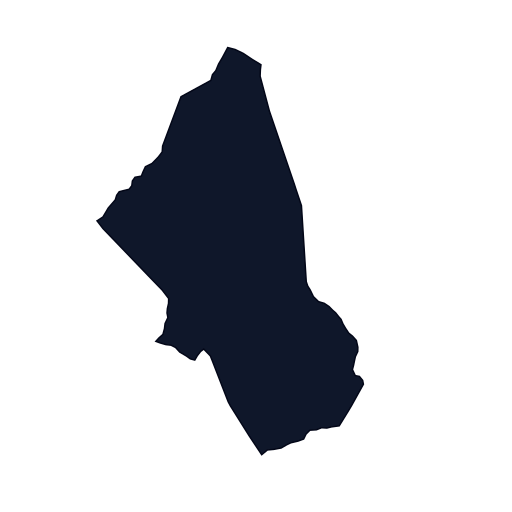 Itaquara, Bahia, Brazil, rotated 29°
{"feature_id": "56859067B54968258878659", "entity_name": "Itaquara", "entity_type": "district", "adm_level": 2, "iso_a3": "BRA", "parent_name": "Brazil", "parent_adm1": "Bahia", "projection": "orthographic", "projection_center": [-39.89, -13.439], "detail": "fine", "context": "isolated", "style": "filled", "palette": "ink", "viewbox_px": 512, "rotation_deg": 29, "n_neighbors": 0, "source": "geoboundaries", "source_scale": "gbopen_adm2", "svg_char_len": 1517}
<svg xmlns="http://www.w3.org/2000/svg" viewBox="0 0 512 512"><g transform="rotate(29 256 256)"><path d="M271.3,189.9L258.3,178.0L254.9,174.8L197.4,122.7L172.4,96.7L169.5,90.9L167.6,86.3L157.5,85.9L146.7,85.0L137.6,85.5L130.2,87.4L130.4,98.3L130.2,106.2L131.0,113.3L130.0,118.5L131.4,124.3L113.2,153.0L121.0,205.1L123.5,210.4L122.6,216.7L121.6,220.5L120.2,225.5L116.0,231.5L116.4,237.3L117.0,241.7L112.0,245.8L111.5,250.3L113.3,254.7L112.7,259.1L108.7,262.8L105.2,266.1L104.7,270.4L105.7,275.1L104.3,281.8L103.5,285.7L103.4,290.2L103.2,296.1L99.9,302.3L108.9,306.2L171.2,325.4L186.3,330.0L190.3,331.2L200.2,335.5L202.5,339.9L204.0,345.0L205.8,349.0L208.8,352.6L209.2,359.1L211.2,364.0L212.6,369.7L210.8,374.8L209.8,379.2L214.3,378.5L220.1,377.2L224.9,375.2L230.0,375.0L235.9,377.0L243.6,377.2L248.4,377.8L252.9,376.7L253.0,371.6L253.8,366.4L255.4,362.7L264.5,365.5L268.8,369.0L288.7,385.6L302.4,397.0L306.1,399.4L337.4,416.7L357.3,427.0L360.0,420.1L365.3,416.5L371.1,411.7L374.3,406.3L377.0,402.5L382.5,397.5L386.4,393.0L386.1,387.5L387.6,382.2L393.1,378.7L396.6,374.4L401.4,372.1L404.8,368.9L411.1,364.2L411.9,346.7L412.1,340.4L412.1,316.1L409.6,313.1L404.8,311.2L400.8,312.5L395.4,308.6L394.3,304.3L393.0,300.2L391.7,295.9L391.3,290.2L389.3,286.4L384.7,281.2L379.2,279.3L374.5,278.5L369.3,275.8L364.9,273.2L361.1,270.2L357.5,268.9L353.2,267.1L349.4,266.3L344.4,264.8L338.6,264.3L332.8,265.6L325.9,263.7L319.8,259.4L315.8,257.2L312.4,254.1L271.3,189.9Z" fill="#0f172a" stroke="#020617" stroke-width="1.5"/></g></svg>